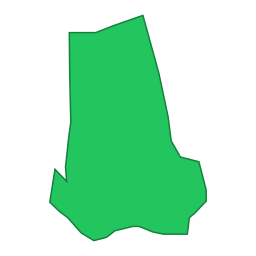 the district of Nowon-gu, Seoul, South Korea
{"feature_id": "91817680B6950995223857", "entity_name": "Nowon-gu", "entity_type": "district", "adm_level": 2, "iso_a3": "KOR", "parent_name": "South Korea", "parent_adm1": "Seoul", "projection": "equal_earth", "projection_center": [127.08, 37.646], "detail": "fine", "context": "isolated", "style": "filled", "palette": "green", "viewbox_px": 256, "rotation_deg": 0, "n_neighbors": 0, "source": "geoboundaries", "source_scale": "gbopen_adm2", "svg_char_len": 518}
<svg xmlns="http://www.w3.org/2000/svg" viewBox="0 0 256 256"><path d="M69.3,32.6L69.7,74.9L70.8,122.1L68.7,137.5L65.5,167.1L66.6,181.4L55.0,169.3L49.8,202.2L58.6,210.6L60.3,212.1L67.6,217.6L81.3,233.0L93.9,240.6L102.8,238.3L106.5,237.3L114.9,230.8L132.7,226.4L139.0,226.4L152.7,231.9L163.2,234.1L187.3,234.1L189.4,217.6L194.7,213.2L206.2,201.1L206.2,190.1L198.9,161.8L180.4,157.0L171.2,140.9L168.1,116.8L158.9,73.4L142.9,15.4L115.0,25.1L95.7,32.6L69.3,32.6Z" fill="#22c55e" stroke="#15803d" stroke-width="1.5"/></svg>